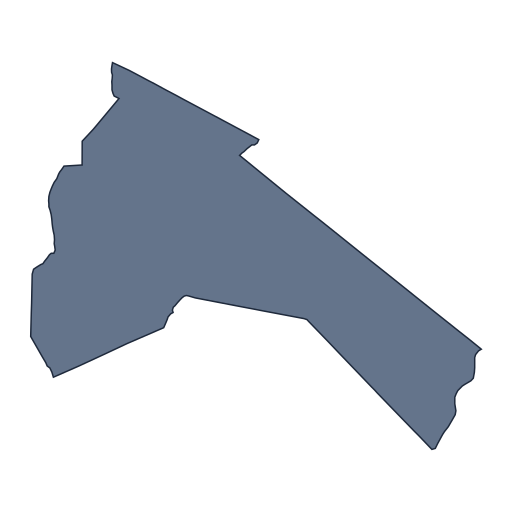 outline of Santa Quitéria do Maranhão, Maranhão, Brazil
{"feature_id": "56859067B9226579866055", "entity_name": "Santa Quitéria do Maranhão", "entity_type": "district", "adm_level": 2, "iso_a3": "BRA", "parent_name": "Brazil", "parent_adm1": "Maranhão", "projection": "equal_earth", "projection_center": [-42.899, -3.344], "detail": "fine", "context": "isolated", "style": "filled", "palette": "slate", "viewbox_px": 512, "rotation_deg": 0, "n_neighbors": 0, "source": "geoboundaries", "source_scale": "gbopen_adm2", "svg_char_len": 1850}
<svg xmlns="http://www.w3.org/2000/svg" viewBox="0 0 512 512"><path d="M163.7,327.7L166.0,322.4L167.2,319.5L168.0,317.0L170.6,313.9L173.1,312.5L172.4,310.1L173.3,307.2L174.9,305.8L177.4,302.8L179.8,300.1L182.0,297.8L184.2,296.1L186.4,295.5L188.4,295.9L195.3,297.9L236.4,305.8L255.4,309.4L261.0,310.5L304.0,318.6L307.0,319.6L308.7,321.5L329.3,342.8L338.5,352.5L371.9,387.3L374.6,390.0L377.3,393.0L388.1,404.2L414.2,431.1L418.5,435.4L431.9,449.4L435.3,448.4L437.7,443.5L442.6,434.5L444.4,431.7L448.3,426.7L452.7,419.1L455.2,414.7L455.9,410.8L454.8,403.8L454.8,397.2L456.2,393.7L457.8,390.6L462.3,386.0L465.1,384.2L470.9,380.8L473.3,378.2L474.4,372.2L474.7,367.7L474.7,357.6L475.6,354.6L478.5,350.9L481.3,349.2L476.3,345.1L469.0,339.2L458.6,331.0L438.0,314.6L434.1,311.5L413.1,294.7L383.0,270.6L368.9,259.4L321.5,221.4L314.5,215.9L285.7,193.0L239.6,155.4L242.0,153.0L244.0,151.6L247.1,148.6L249.2,147.0L251.8,144.9L254.5,144.9L257.2,143.0L258.8,139.6L255.4,137.8L251.5,135.7L223.1,120.5L183.9,99.6L176.2,95.4L166.7,90.4L163.0,88.4L154.6,83.8L148.2,80.5L134.9,73.4L129.2,70.4L112.5,62.6L111.9,66.1L111.5,68.9L111.6,72.3L112.4,74.9L112.2,78.3L111.8,81.6L112.0,85.1L112.0,89.9L113.0,93.4L114.2,96.1L116.3,97.1L119.0,98.5L95.3,126.9L93.0,129.6L82.2,141.2L82.1,165.0L64.0,166.1L61.4,169.9L59.8,171.9L58.6,174.1L56.8,178.7L54.2,182.3L52.4,186.0L51.4,188.4L49.9,192.3L48.9,196.4L48.6,200.8L48.9,203.9L48.9,206.8L50.1,210.2L51.2,214.7L51.8,219.2L52.2,224.0L52.6,227.2L53.3,231.2L54.2,235.2L54.5,239.8L54.2,243.7L54.7,246.4L55.2,250.1L53.8,253.3L51.2,253.3L49.5,254.7L47.2,258.0L44.6,261.2L42.9,263.7L40.9,264.5L37.0,266.9L33.6,269.2L32.2,274.1L31.7,298.8L31.6,303.4L31.3,312.5L30.7,336.5L42.6,357.3L45.8,362.7L47.2,366.0L49.9,368.0L51.9,372.2L53.4,377.2L78.9,366.0L105.7,353.6L127.0,343.6L163.7,327.7Z" fill="#64748b" stroke="#1e293b" stroke-width="1.5"/></svg>